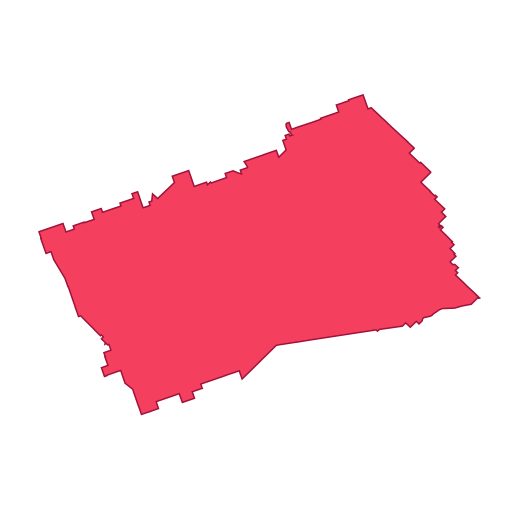 Goomalling, Western Australia, Australia, rotated 251°
{"feature_id": "25037944B4799895230449", "entity_name": "Goomalling", "entity_type": "district", "adm_level": 2, "iso_a3": "AUS", "parent_name": "Australia", "parent_adm1": "Western Australia", "projection": "natural_earth1", "projection_center": [116.79, -31.235], "detail": "fine", "context": "isolated", "style": "filled", "palette": "rose", "viewbox_px": 512, "rotation_deg": 251, "n_neighbors": 0, "source": "geoboundaries", "source_scale": "gbopen_adm2", "svg_char_len": 4021}
<svg xmlns="http://www.w3.org/2000/svg" viewBox="0 0 512 512"><g transform="rotate(251 256 256)"><path d="M373.6,394.4L372.6,394.4L372.6,381.1L365.2,381.1L365.2,373.6L365.2,361.8L364.2,361.8L364.1,353.6L364.3,338.1L364.3,337.3L364.3,337.0L364.2,331.2L364.2,330.8L371.5,330.8L371.5,328.1L371.1,327.6L370.7,327.2L369.0,326.9L367.9,326.7L363.0,327.5L361.7,328.8L360.9,328.8L359.2,328.9L358.5,329.6L358.5,327.0L360.5,327.0L360.5,322.8L356.6,322.8L356.6,319.0L352.5,319.0L346.5,319.0L342.0,309.7L349.3,309.6L349.3,296.0L349.2,295.8L349.2,286.9L349.2,278.8L349.2,275.5L344.1,276.8L342.3,276.9L342.3,273.4L342.3,269.1L338.7,269.1L338.3,269.0L338.5,268.7L338.9,268.2L339.1,267.9L339.6,267.2L340.8,265.6L342.4,263.9L343.9,262.2L344.0,262.1L344.1,253.7L339.7,253.7L339.7,244.8L339.7,243.8L339.6,237.5L340.8,237.0L339.1,233.3L341.9,233.3L341.9,224.4L341.9,220.2L349.8,220.2L358.7,220.2L358.7,202.8L352.0,202.8L343.1,183.3L342.3,181.8L348.4,178.4L341.9,175.3L341.9,172.4L338.4,172.4L338.3,169.2L338.4,164.9L341.9,164.9L346.1,164.9L355.2,165.0L355.3,164.8L355.3,159.8L355.3,159.0L350.3,159.1L350.3,144.6L347.9,144.6L347.2,144.6L347.3,136.9L347.3,125.2L351.3,125.1L351.3,114.9L349.4,114.9L346.9,114.9L343.3,114.9L343.3,110.8L343.4,110.7L343.4,104.5L344.0,104.5L344.0,93.0L340.7,93.0L340.6,92.0L340.6,89.5L340.6,85.8L340.6,84.1L344.0,84.1L349.6,84.1L349.6,58.7L342.7,58.7L342.7,58.2L338.7,58.2L326.8,58.3L326.8,63.6L325.2,63.6L318.4,63.6L297.2,68.1L291.2,68.2L288.4,68.2L288.4,68.3L288.3,68.5L283.0,68.5L274.0,68.5L267.0,68.5L266.7,68.4L261.6,68.5L256.5,68.5L256.5,70.8L251.2,73.3L243.8,76.9L243.7,77.0L242.3,77.6L242.2,77.7L242.1,77.8L239.0,79.2L238.9,79.2L238.7,79.3L231.3,82.9L231.8,84.0L231.0,84.5L230.3,84.8L229.7,85.1L229.3,85.3L229.2,85.3L228.1,83.0L228.1,82.9L227.9,82.9L226.1,83.8L226.0,84.0L225.2,84.3L222.5,85.6L221.9,84.3L221.7,84.3L222.3,85.7L220.3,86.7L220.3,88.1L214.2,88.2L214.1,80.7L210.0,80.7L210.0,80.3L200.8,80.4L200.7,73.5L191.4,73.5L191.4,76.0L191.8,76.0L191.9,86.3L191.8,90.8L183.6,90.8L178.3,90.8L170.2,96.0L163.2,96.0L152.6,96.0L152.4,96.1L143.5,96.1L143.5,101.5L143.4,104.8L143.4,105.8L143.5,105.8L143.5,108.9L143.5,114.1L149.6,114.2L150.8,114.2L150.8,120.3L150.8,138.6L142.0,138.7L141.5,138.7L141.5,151.5L148.4,151.5L148.4,159.4L148.4,161.8L148.3,162.1L152.9,162.1L152.9,177.5L152.9,178.9L152.9,188.5L153.0,188.6L152.9,202.8L144.3,202.8L144.2,202.8L144.3,203.0L145.9,206.3L149.3,213.5L155.4,226.2L155.5,226.3L160.7,237.3L165.0,246.2L161.4,266.2L161.3,266.3L158.8,280.9L158.2,284.1L150.2,328.2L147.3,344.0L147.1,345.4L145.4,346.4L146.4,348.8L144.2,360.2L142.0,371.6L144.0,375.8L138.4,378.7L142.0,386.3L138.7,388.0L140.3,391.4L140.7,392.1L142.0,392.9L142.6,393.3L143.0,394.4L143.1,394.5L142.3,401.2L142.6,403.1L143.4,404.3L144.8,409.5L145.4,411.5L145.7,414.8L143.1,423.4L142.5,425.5L142.1,426.6L142.0,427.4L141.7,434.0L141.7,434.4L141.6,434.9L141.6,435.0L140.3,443.8L141.4,446.1L143.4,450.2L144.1,451.6L144.2,451.8L143.7,452.5L143.5,452.8L143.5,453.8L146.8,451.9L146.8,452.1L152.4,449.2L155.0,447.8L155.1,447.7L155.3,447.6L157.6,446.4L158.0,446.1L159.0,445.6L162.2,444.1L167.6,441.3L173.1,438.4L174.5,441.3L177.4,439.8L179.1,443.4L179.1,443.5L183.3,441.2L183.8,439.3L187.2,437.6L187.3,437.6L190.7,445.0L192.9,443.7L193.4,444.9L199.9,441.9L202.2,446.9L203.6,446.2L205.0,445.5L205.1,445.4L205.5,446.4L208.9,444.7L209.4,444.5L214.8,441.9L215.9,441.3L216.5,441.0L220.7,438.9L222.2,442.2L224.2,441.2L223.0,438.7L224.2,438.1L225.1,440.1L227.1,439.1L230.3,445.5L230.4,445.8L230.6,446.1L231.5,448.3L233.7,447.2L233.7,447.3L237.1,445.6L237.4,446.3L239.1,449.8L246.2,446.1L251.5,443.4L252.9,446.5L255.0,445.4L254.6,444.5L257.0,443.3L260.1,441.6L260.3,442.0L269.1,437.4L272.1,435.9L277.0,446.1L278.2,448.8L278.2,448.7L283.3,446.1L290.9,442.2L290.4,441.2L290.5,441.0L293.5,439.5L303.3,434.4L306.2,440.5L306.3,440.5L306.5,440.7L315.0,436.2L315.0,436.4L333.6,426.3L336.9,424.6L342.6,421.7L345.4,420.1L350.3,417.6L358.7,413.2L358.6,409.8L373.5,409.7L373.6,394.4Z" fill="#f43f5e" stroke="#9f1239" stroke-width="1.5"/></g></svg>